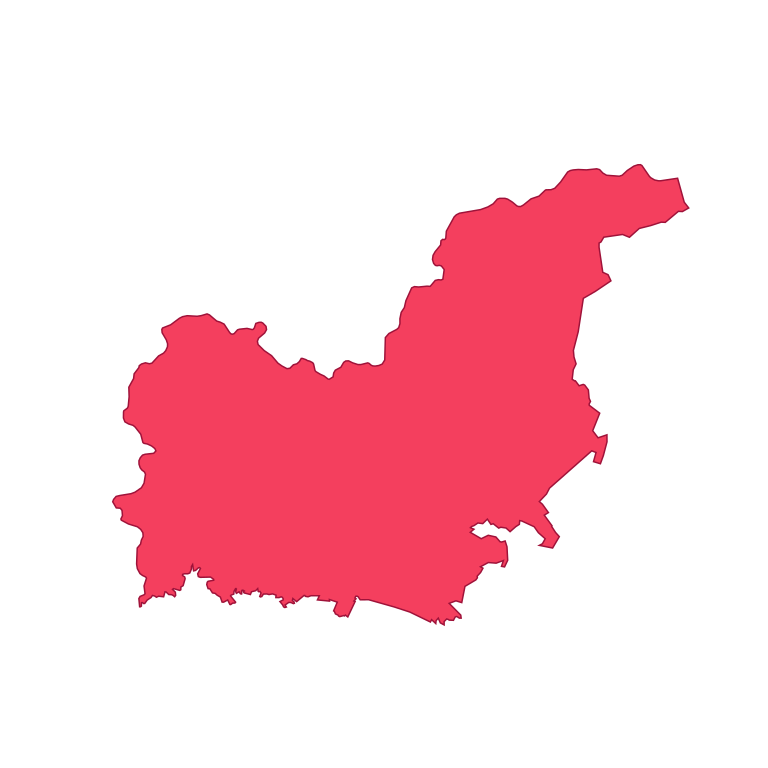 Skaņkalnes pag., Mazsalacas, Latvia, rotated 286°
{"feature_id": "27541924B43607455964711", "entity_name": "Skaņkalnes pag.", "entity_type": "district", "adm_level": 2, "iso_a3": "LVA", "parent_name": "Latvia", "parent_adm1": "Mazsalacas", "projection": "albers", "projection_center": [24.962, 57.86], "detail": "fine", "context": "isolated", "style": "filled", "palette": "rose", "viewbox_px": 768, "rotation_deg": 286, "n_neighbors": 0, "source": "geoboundaries", "source_scale": "gbopen_adm2", "svg_char_len": 6171}
<svg xmlns="http://www.w3.org/2000/svg" viewBox="0 0 768 768"><g transform="rotate(286 384 384)"><path d="M594.5,468.7L592.3,466.5L591.7,464.3L591.8,462.7L594.2,457.4L595.8,451.9L595.8,449.1L594.4,444.1L593.0,442.0L587.3,439.3L582.8,435.0L578.3,428.8L569.0,409.5L566.6,406.9L564.0,405.4L548.1,401.8L541.3,403.2L540.1,402.9L539.4,402.1L539.2,400.5L537.4,399.3L533.2,400.1L525.4,396.7L521.2,395.7L517.0,396.3L513.6,398.5L512.2,400.7L512.3,402.4L513.3,404.4L513.3,406.6L510.6,410.3L500.9,411.7L499.7,410.1L499.3,407.6L497.7,404.7L490.6,401.5L489.9,398.4L486.8,390.6L486.0,386.4L484.0,384.1L470.1,382.1L463.1,382.5L457.6,380.8L451.2,381.3L446.4,382.7L442.2,382.6L440.0,381.2L433.9,374.8L429.0,372.5L407.3,378.1L402.7,376.8L400.4,374.0L398.8,370.6L398.3,368.2L398.5,366.6L399.7,364.0L399.8,362.5L396.3,356.4L395.5,353.6L395.7,347.9L396.5,343.6L395.6,340.9L393.7,339.3L388.2,337.9L383.9,333.4L380.7,332.6L376.8,333.1L373.4,330.0L373.3,329.0L375.2,324.2L375.8,320.1L377.1,315.2L377.9,314.0L383.8,310.8L384.8,309.6L385.5,306.3L385.4,304.0L385.9,302.2L386.1,298.5L385.8,297.4L382.3,296.5L379.4,294.7L377.5,291.6L373.2,289.2L372.0,286.5L373.2,280.9L374.8,276.3L380.2,268.2L383.1,259.6L387.2,252.1L390.2,250.5L393.5,250.8L400.1,255.2L403.9,256.1L406.9,254.7L409.2,250.7L409.5,248.9L408.8,246.8L406.9,244.1L402.2,243.9L400.5,243.2L400.0,242.3L399.7,237.0L396.8,229.9L395.7,228.3L391.0,226.0L390.0,224.3L390.1,222.8L391.2,221.1L397.5,213.8L398.3,209.6L398.4,205.8L402.3,197.2L402.6,194.6L399.3,189.4L397.6,185.7L395.4,176.0L393.2,171.8L390.8,169.2L382.1,162.6L376.8,155.7L375.2,155.4L372.1,156.6L366.4,162.6L363.0,164.9L360.1,165.6L355.9,165.0L352.9,163.6L348.9,159.6L340.1,155.2L338.8,152.9L338.6,148.8L336.4,145.4L334.2,143.7L332.1,143.8L324.9,141.0L320.2,141.8L310.6,139.6L301.5,142.5L291.9,144.3L289.9,143.9L286.6,141.3L285.4,141.3L279.5,142.9L276.2,145.4L275.2,149.5L275.1,154.1L274.1,156.5L268.7,164.0L261.3,168.4L260.8,169.6L261.1,173.1L260.4,177.6L258.8,181.5L256.8,183.2L253.9,181.7L250.6,173.7L249.1,171.5L246.1,170.1L242.7,169.6L239.4,170.6L236.3,172.7L234.6,174.9L233.4,178.0L231.5,179.6L222.5,180.7L217.4,179.4L211.4,174.5L208.8,171.0L204.0,160.8L202.1,157.5L198.6,155.9L196.0,155.7L191.1,160.8L191.9,164.7L190.3,167.0L185.3,168.9L181.7,168.3L180.7,169.0L179.0,176.9L178.8,186.3L177.2,190.2L174.6,193.2L171.1,194.5L167.0,193.8L163.0,194.1L158.3,192.0L142.8,195.8L138.5,197.8L134.5,201.7L133.4,204.6L132.8,208.1L131.9,209.2L123.7,209.0L116.5,212.1L115.2,211.4L112.6,208.1L110.2,207.5L102.5,210.5L102.7,211.3L103.6,212.0L107.0,211.2L107.3,212.2L106.7,213.5L107.1,214.5L111.0,215.9L114.5,218.9L116.9,219.7L117.0,221.9L116.3,224.0L117.9,225.9L118.7,230.8L123.9,230.8L124.0,231.9L122.3,235.1L122.9,237.8L122.7,239.4L121.8,241.4L123.4,242.0L126.4,240.8L128.3,237.3L129.3,238.1L129.3,244.6L130.2,245.4L132.8,244.7L134.8,246.5L142.0,246.5L143.6,245.6L144.4,243.1L145.5,242.9L146.6,244.5L147.5,247.7L148.8,249.4L153.0,249.9L155.5,249.2L157.7,249.8L151.9,252.5L152.9,254.3L156.2,256.3L156.7,257.4L156.1,258.4L150.2,257.2L147.7,258.6L147.5,260.6L150.6,270.5L149.3,274.1L148.4,274.4L145.9,269.3L144.7,268.7L142.3,268.9L138.8,271.3L139.1,273.1L135.9,276.7L136.2,279.4L135.0,281.8L134.1,285.4L129.7,288.5L130.1,290.0L133.3,293.3L129.6,296.6L129.7,297.4L131.6,298.9L132.4,301.1L133.4,301.5L138.0,294.9L139.0,295.3L140.6,297.5L143.4,297.0L146.4,297.7L146.6,298.1L146.3,298.6L143.4,298.7L142.1,299.8L144.3,302.0L142.9,303.6L142.7,304.6L143.1,305.1L145.6,304.1L146.7,304.5L146.9,305.6L146.5,306.8L145.5,306.0L144.6,307.2L144.8,313.6L147.8,313.9L149.9,317.6L152.5,319.0L150.0,320.2L149.8,321.0L150.4,322.0L149.2,323.4L145.5,323.1L145.2,323.8L146.0,325.1L148.8,326.0L149.9,329.3L149.9,331.5L151.5,334.7L151.3,338.4L148.9,338.9L149.7,341.9L151.1,343.8L150.9,345.1L149.7,346.4L148.6,346.5L146.2,343.9L143.7,347.5L142.1,348.9L141.8,350.3L142.7,351.6L144.3,349.8L147.8,352.7L148.3,354.9L147.9,357.4L148.5,358.3L149.8,357.5L150.6,355.6L152.7,355.5L150.7,360.0L158.7,365.4L158.9,366.2L158.2,366.9L158.5,369.6L160.4,372.2L162.6,380.2L158.1,379.5L160.3,391.5L161.8,390.9L161.4,399.2L152.0,398.1L151.7,399.0L149.6,400.7L149.2,403.4L148.4,404.4L148.2,405.6L150.3,409.1L150.1,409.8L151.2,410.6L150.1,413.4L167.0,416.2L167.1,414.9L169.8,416.3L170.3,415.0L172.1,415.3L172.6,416.4L172.5,417.6L170.0,420.6L172.4,428.7L172.5,455.4L171.9,471.7L168.0,494.2L170.6,494.7L168.0,499.8L170.9,499.3L173.9,500.7L169.9,504.0L169.0,508.2L172.2,507.3L175.4,509.0L175.4,510.6L175.0,511.8L176.0,515.9L179.5,516.6L180.4,517.5L180.5,518.3L179.7,521.0L180.2,522.7L183.0,521.5L191.1,507.1L195.4,512.9L195.3,519.0L211.8,517.6L221.0,526.3L223.5,527.2L224.9,526.5L229.4,528.8L234.2,529.9L234.9,527.1L241.1,533.4L242.7,541.2L247.2,547.4L241.1,547.2L241.4,550.3L248.6,551.5L261.4,547.1L266.5,543.7L264.5,540.6L264.4,539.0L267.8,533.7L267.3,525.9L262.1,520.1L265.2,507.8L269.2,510.5L269.7,506.7L271.3,507.6L272.5,509.4L276.3,512.6L277.0,517.4L282.6,520.6L278.5,525.5L279.8,527.5L277.1,534.0L278.5,535.8L279.2,541.0L276.8,545.9L283.2,550.0L286.4,552.8L290.1,552.1L290.3,554.1L288.2,567.7L283.6,573.4L279.7,581.6L274.1,580.3L271.7,577.8L272.8,591.3L285.6,594.6L288.6,589.8L293.2,584.5L294.0,584.6L302.1,574.2L305.7,577.5L312.1,569.4L313.8,565.7L323.0,570.5L329.5,571.8L377.0,602.1L376.6,606.7L367.1,606.8L367.0,614.0L375.7,614.6L389.9,614.3L396.6,612.3L391.3,604.6L396.6,597.5L415.4,599.4L420.1,587.2L421.3,586.7L424.2,587.3L426.8,585.1L434.6,582.1L438.3,577.2L438.5,575.6L436.1,572.0L439.8,567.1L439.5,566.6L440.4,563.6L449.9,562.0L456.3,563.1L462.3,559.2L468.5,556.8L487.7,556.3L521.3,552.0L531.4,561.7L545.7,573.7L550.8,569.3L551.7,563.5L574.8,553.0L578.8,551.9L580.3,553.4L585.7,554.8L593.5,572.1L592.7,579.5L603.9,586.5L609.8,596.7L616.0,605.9L616.9,609.8L631.1,619.4L632.0,623.3L637.2,628.4L641.5,622.5L662.7,609.5L655.6,593.9L655.0,591.9L654.7,587.9L655.8,583.6L656.8,581.8L665.1,571.7L665.5,570.1L664.7,567.6L662.3,564.1L656.3,559.0L650.3,555.4L648.6,552.9L646.0,540.4L647.1,536.2L649.5,532.2L649.5,529.2L645.6,519.5L643.7,511.5L641.9,506.8L640.5,504.2L638.4,502.1L626.9,498.1L619.2,494.2L616.8,491.0L615.3,486.2L614.6,485.5L607.3,481.2L602.5,474.3L594.5,468.7Z" fill="#f43f5e" stroke="#9f1239" stroke-width="1.5"/></g></svg>